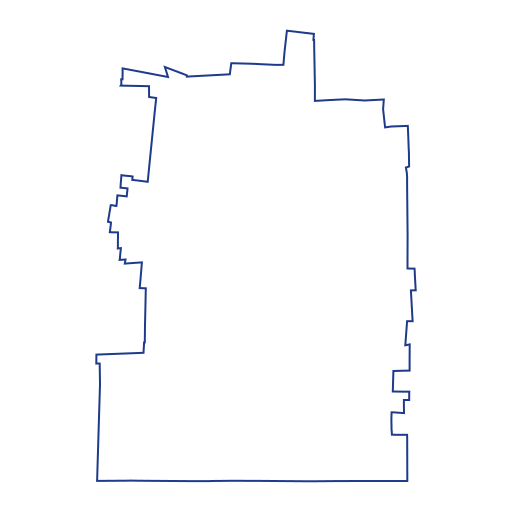 Calakmul, Campeche, Mexico
{"feature_id": "50627088B56172328383937", "entity_name": "Calakmul", "entity_type": "district", "adm_level": 2, "iso_a3": "MEX", "parent_name": "Mexico", "parent_adm1": "Campeche", "projection": "natural_earth1", "projection_center": [-89.72, 18.488], "detail": "fine", "context": "isolated", "style": "outline", "palette": "blue", "viewbox_px": 512, "rotation_deg": 0, "n_neighbors": 0, "source": "geoboundaries", "source_scale": "gbopen_adm2", "svg_char_len": 3233}
<svg xmlns="http://www.w3.org/2000/svg" viewBox="0 0 512 512"><path d="M97.1,480.9L126.1,480.7L130.8,480.6L136.9,480.7L146.4,480.8L186.7,481.1L187.1,481.1L206.6,481.1L209.8,481.1L211.0,481.0L221.8,480.9L230.8,480.8L231.6,480.8L239.5,480.8L251.3,480.9L257.3,480.9L261.2,480.9L310.5,481.3L332.8,481.1L356.9,481.0L357.8,481.0L358.5,481.0L360.2,481.0L362.4,481.0L364.1,481.0L366.0,481.0L367.6,481.0L370.4,481.0L373.3,481.0L375.5,481.0L377.5,481.0L379.6,481.0L380.9,481.0L384.4,481.0L385.9,481.0L387.2,481.0L390.2,481.0L392.2,481.0L393.6,481.0L396.5,481.0L407.3,481.0L407.2,439.3L407.1,434.8L396.2,434.8L393.0,434.7L392.9,434.7L391.9,434.7L391.7,430.8L391.6,430.6L391.5,428.2L391.5,424.3L391.4,422.9L391.4,421.8L391.4,421.6L391.4,416.8L391.5,416.2L391.5,415.9L391.5,415.3L391.5,414.4L391.6,412.3L394.7,412.4L395.5,412.5L404.0,413.1L403.9,405.5L403.9,405.3L403.9,404.8L403.9,404.4L403.9,403.8L403.9,402.4L403.9,400.0L409.2,400.0L409.2,398.7L409.2,393.6L409.3,391.7L407.2,391.7L399.6,391.6L392.8,391.5L393.4,371.0L403.7,370.7L403.8,370.7L409.6,370.6L409.6,360.5L409.7,344.4L405.3,345.3L407.1,321.2L412.6,321.2L410.9,290.4L413.3,290.3L415.7,290.3L414.9,275.9L414.7,270.7L414.5,268.6L412.1,268.6L407.5,268.5L407.5,260.4L407.6,235.5L407.1,184.8L407.1,177.2L406.9,174.3L406.9,173.3L406.6,171.5L405.9,167.5L409.1,166.5L408.9,151.9L408.7,148.9L408.3,137.4L407.8,125.9L391.3,126.5L385.1,127.4L383.1,109.3L383.8,99.5L364.7,100.5L345.4,99.3L332.6,99.9L314.9,100.9L314.9,84.9L314.2,47.1L314.1,39.9L313.4,39.9L313.9,33.9L286.9,30.7L284.5,52.1L283.4,64.8L276.0,64.9L261.2,64.2L253.5,63.8L231.3,63.2L229.8,74.3L198.1,76.0L186.8,76.6L186.8,75.3L164.9,67.0L168.0,77.0L122.6,68.4L122.6,74.4L122.5,79.3L121.2,79.3L121.4,84.4L121.1,84.9L120.7,85.6L149.0,86.2L149.1,97.0L156.2,98.0L154.6,113.1L149.4,164.8L147.7,181.8L140.9,180.9L140.3,180.8L138.9,180.7L136.9,180.4L135.6,180.3L134.9,180.2L133.7,180.0L132.3,179.9L132.5,177.6L132.6,176.5L130.6,176.2L128.5,176.0L126.3,175.8L123.7,175.5L121.4,175.2L121.1,179.6L120.9,181.7L120.7,184.0L120.6,186.3L120.5,187.7L127.5,188.4L127.4,190.0L126.9,194.5L126.8,195.8L126.7,196.4L124.2,196.1L122.6,195.9L121.4,195.8L120.6,195.7L120.1,195.7L119.5,195.6L119.0,195.5L118.5,195.5L117.9,195.4L117.4,195.4L116.6,204.5L116.4,206.0L115.6,205.9L115.0,205.8L113.7,205.5L112.5,205.3L112.2,205.2L111.9,205.2L110.8,205.1L110.7,205.2L110.5,206.5L109.9,210.4L109.7,211.4L109.4,212.9L109.1,215.3L108.5,218.3L108.0,221.8L109.0,222.0L110.0,222.2L110.1,222.3L111.0,222.5L110.6,226.4L110.5,226.8L110.3,228.7L109.8,232.2L110.8,232.2L111.8,232.3L112.8,232.3L118.0,232.4L118.0,232.6L118.0,233.1L118.0,233.8L118.0,234.7L118.0,235.6L118.0,235.8L118.0,236.5L118.0,238.3L117.9,239.7L117.9,240.4L117.9,241.5L117.9,241.8L117.9,242.5L117.9,243.0L117.9,244.0L117.9,244.5L117.9,245.5L117.9,246.6L117.9,247.0L117.8,248.5L118.4,248.4L119.2,248.3L120.0,248.2L120.6,248.1L120.9,248.1L120.7,250.0L120.5,251.7L120.3,253.8L120.2,254.9L120.1,255.8L120.0,257.6L119.8,258.8L119.6,259.9L125.5,259.5L124.8,263.6L134.3,262.9L141.9,262.4L140.5,279.3L139.7,288.1L145.8,288.3L145.2,316.7L145.0,324.9L144.8,342.4L144.1,342.4L143.5,352.8L96.4,354.6L96.3,363.5L99.7,363.5L100.0,384.2L99.7,394.5L99.1,413.7L97.1,480.9Z" fill="none" stroke="#1e3a8a" stroke-width="2"/></svg>